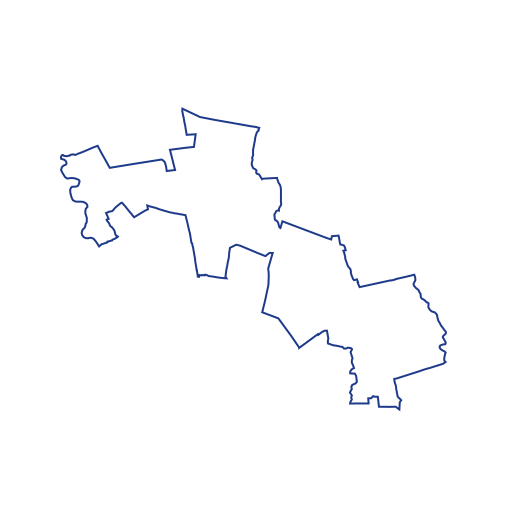 the district of Ulmi, Dâmbovita, Romania, rotated 221°
{"feature_id": "2599482B32143237238220", "entity_name": "Ulmi", "entity_type": "district", "adm_level": 2, "iso_a3": "ROU", "parent_name": "Romania", "parent_adm1": "Dâmbovita", "projection": "robinson", "projection_center": [25.49, 44.891], "detail": "fine", "context": "isolated", "style": "outline", "palette": "blue", "viewbox_px": 512, "rotation_deg": 221, "n_neighbors": 0, "source": "geoboundaries", "source_scale": "gbopen_adm2", "svg_char_len": 6049}
<svg xmlns="http://www.w3.org/2000/svg" viewBox="0 0 512 512"><g transform="rotate(221 256 256)"><path d="M389.5,324.1L408.2,318.9L407.2,317.6L406.7,317.0L402.9,314.0L401.3,312.9L397.8,310.0L394.7,307.7L391.4,304.9L390.2,304.0L389.1,303.0L387.8,302.0L381.4,308.3L374.4,297.6L379.5,292.2L390.6,279.7L373.5,267.8L379.1,261.6L382.9,264.8L385.8,266.6L386.5,267.0L388.4,267.2L390.1,267.0L390.7,266.7L409.6,244.2L424.2,226.6L436.4,231.0L438.5,231.7L445.1,234.2L447.8,235.3L450.9,229.5L451.0,229.1L454.6,221.7L456.8,217.5L457.2,216.9L458.2,214.6L459.0,213.5L460.4,213.0L462.3,210.8L462.5,210.5L462.4,209.8L462.6,209.3L463.1,208.9L464.3,207.1L466.7,205.6L467.7,205.6L468.1,205.5L468.5,205.0L468.6,204.3L468.0,202.5L466.6,201.5L465.4,202.2L463.9,202.8L462.9,202.9L461.8,202.8L461.1,202.6L459.9,201.7L459.4,200.8L459.6,199.7L460.3,198.6L460.8,196.6L460.6,195.3L460.0,194.1L459.6,193.0L455.8,191.5L451.8,190.3L450.3,190.4L449.1,190.7L448.3,191.8L446.4,193.8L444.3,195.4L441.6,196.6L440.2,197.1L439.0,197.1L438.1,196.6L436.6,193.2L436.5,191.8L437.4,190.2L438.8,189.0L440.3,187.5L440.4,186.3L439.8,184.2L437.7,182.0L434.3,179.6L432.3,178.6L430.8,178.0L427.8,178.7L424.2,181.8L421.9,183.5L419.3,184.2L417.2,184.0L415.5,182.6L415.4,179.9L414.5,178.3L413.0,176.4L408.6,173.7L405.9,170.4L405.6,168.5L404.6,166.8L403.9,165.0L403.9,164.2L404.1,162.6L403.8,161.1L402.7,159.0L400.8,157.7L398.5,157.2L396.2,157.8L394.4,159.2L392.7,161.4L390.4,162.4L388.6,162.3L385.0,161.6L380.7,160.3L380.2,163.7L380.0,163.8L377.1,168.8L377.1,169.1L377.5,169.4L374.9,173.2L375.0,173.3L375.1,173.6L374.8,174.6L374.1,175.9L373.4,177.8L372.9,179.8L373.0,180.1L375.1,179.6L375.7,179.8L376.2,180.0L378.9,181.9L380.3,182.6L383.3,183.1L384.1,183.2L385.0,183.0L385.7,183.0L387.9,184.1L388.7,184.4L389.9,184.7L391.1,184.8L391.8,185.0L392.5,185.3L392.6,185.5L391.6,187.4L397.4,190.1L395.7,193.4L394.3,195.1L393.9,195.8L393.9,198.7L393.9,200.6L393.3,204.2L392.6,207.7L392.4,208.0L392.0,208.3L386.8,207.6L379.0,206.2L377.8,206.1L376.1,205.7L373.4,205.3L369.5,217.4L368.2,220.4L371.2,222.8L368.0,224.1L366.1,225.1L362.3,226.9L360.7,227.4L359.5,227.9L353.8,230.5L352.9,231.0L349.7,232.4L346.9,234.1L345.8,234.6L343.8,235.9L343.2,236.4L342.1,236.9L340.4,237.9L339.4,238.6L338.1,239.3L336.0,240.6L335.5,240.2L329.5,236.0L322.1,230.6L320.9,229.9L313.4,223.6L312.4,223.6L311.2,222.5L309.4,221.4L299.6,213.4L298.7,212.4L291.8,206.7L291.3,206.3L291.2,206.4L290.2,205.5L290.3,205.5L287.8,203.6L286.4,202.2L285.3,203.0L286.3,204.4L284.2,205.8L284.2,206.3L282.1,207.7L282.4,208.1L281.4,209.0L280.3,209.4L278.4,209.9L275.3,212.0L269.6,215.5L265.4,218.4L263.6,219.8L265.5,220.4L269.3,226.1L271.7,230.4L273.7,233.6L274.1,234.6L274.7,235.6L275.9,237.6L278.1,240.5L281.0,245.1L278.4,251.4L277.7,251.9L274.7,253.4L256.8,259.3L249.1,262.0L248.9,262.1L248.6,262.6L248.5,264.0L248.3,265.2L248.0,266.5L247.6,267.4L247.5,267.6L246.0,268.6L245.4,269.2L238.5,254.4L236.2,252.4L233.0,249.0L227.5,242.1L219.4,227.4L214.4,217.6L198.2,223.6L177.5,218.9L171.3,217.3L163.3,215.2L163.1,215.0L158.0,237.8L157.5,237.7L157.2,237.5L156.3,242.1L155.2,244.6L153.5,246.2L147.4,241.3L145.9,238.8L144.3,237.2L138.9,239.4L136.9,240.8L132.0,243.5L131.1,244.1L128.8,243.9L127.0,245.6L126.7,247.0L123.8,248.8L122.4,248.7L121.5,245.5L120.3,244.7L116.0,242.1L115.5,240.6L114.5,239.3L113.6,238.3L111.1,237.2L108.5,235.7L109.4,233.2L109.2,230.9L108.3,229.6L107.9,229.2L104.2,232.1L101.8,231.2L97.4,227.3L97.2,225.3L98.8,221.8L98.2,219.8L96.4,218.4L96.0,216.4L95.5,214.6L94.0,214.1L93.9,214.1L92.2,213.7L91.4,211.8L89.5,210.5L89.1,208.1L88.2,206.4L74.3,218.6L77.9,222.2L75.8,224.2L75.6,227.1L74.5,227.4L71.7,229.7L64.3,222.9L56.2,229.8L51.7,233.9L47.1,234.2L51.5,239.9L51.7,241.0L51.8,242.4L52.3,242.4L53.1,242.6L55.9,242.7L56.9,242.9L60.0,245.3L61.0,246.2L62.1,246.9L65.2,249.7L66.2,250.4L67.3,250.9L68.0,251.5L69.3,252.3L71.0,253.9L69.6,255.7L57.3,275.9L54.8,280.3L52.4,284.1L51.7,285.0L44.1,297.4L43.4,300.4L45.1,300.5L46.4,301.7L48.4,304.9L49.6,307.6L51.7,307.6L53.7,307.0L55.5,306.9L57.0,307.2L58.1,308.3L58.2,309.5L57.1,311.4L56.4,312.5L55.4,313.3L55.3,313.8L55.8,314.9L56.4,315.3L58.9,316.3L61.0,316.9L61.9,317.4L62.2,318.3L62.1,319.7L61.9,321.2L61.9,321.9L62.3,322.6L62.8,323.2L63.7,323.5L65.1,323.7L71.3,325.1L73.6,326.1L75.8,326.7L78.0,328.1L81.0,330.4L82.3,330.6L84.0,330.8L86.9,329.5L88.9,329.4L90.4,329.7L91.2,329.9L92.2,330.4L93.1,331.4L94.6,333.4L95.1,333.6L96.1,333.4L96.4,333.1L98.3,333.0L99.0,333.3L101.1,333.1L102.5,332.7L103.0,332.6L103.5,332.7L104.6,333.1L106.8,335.2L107.2,335.5L108.4,335.7L109.5,336.1L110.5,336.7L111.2,336.9L114.4,336.8L116.6,337.1L117.6,337.3L118.9,338.5L119.8,342.1L120.2,342.7L121.2,343.7L122.2,344.5L124.3,345.7L128.7,339.4L135.5,330.1L135.5,329.5L135.8,329.2L137.7,326.4L138.1,326.1L138.3,326.1L157.4,300.5L162.0,302.7L161.8,303.2L164.5,304.6L166.1,302.1L167.4,302.2L170.4,303.7L173.3,305.4L174.0,306.4L176.1,308.0L179.3,308.5L180.9,309.1L187.1,312.7L188.2,314.0L189.8,315.0L191.5,316.3L193.5,317.3L192.1,319.2L194.7,320.9L196.3,321.6L198.2,321.0L199.2,320.5L199.9,320.0L200.6,320.4L206.3,325.0L207.1,325.5L211.7,320.8L210.1,317.8L215.4,315.6L258.8,299.5L255.9,293.1L256.2,293.0L257.3,293.1L261.3,295.7L262.6,296.1L264.2,296.1L264.9,295.7L265.8,296.0L269.3,299.3L270.1,303.3L269.7,304.4L268.4,305.3L269.5,306.5L270.1,308.0L270.4,310.5L271.1,311.8L272.8,313.3L280.2,321.9L282.7,324.3L284.5,325.3L285.6,325.7L287.4,326.2L287.9,326.5L288.3,326.9L289.6,327.5L291.4,328.7L301.5,318.9L301.7,318.4L301.8,317.9L303.9,318.5L306.1,319.3L307.0,319.4L307.6,319.5L308.9,318.8L309.8,318.7L310.3,318.9L310.8,319.3L311.7,320.8L312.0,320.9L313.2,321.0L315.4,320.5L315.8,320.5L318.7,321.8L319.4,322.5L320.2,323.4L320.8,324.4L321.5,326.1L321.8,326.5L323.0,327.2L323.3,327.6L323.6,328.2L324.1,329.7L324.4,330.3L325.3,331.3L326.0,331.9L327.0,333.3L328.1,334.4L328.1,334.7L332.5,342.2L333.2,343.5L333.8,344.0L334.7,345.8L335.7,347.9L336.3,349.5L336.5,350.5L336.5,351.5L336.3,352.4L336.9,352.9L337.6,354.8L338.7,354.3L341.1,353.1L344.9,350.6L376.7,331.5L389.5,324.1Z" fill="none" stroke="#1e3a8a" stroke-width="2"/></g></svg>